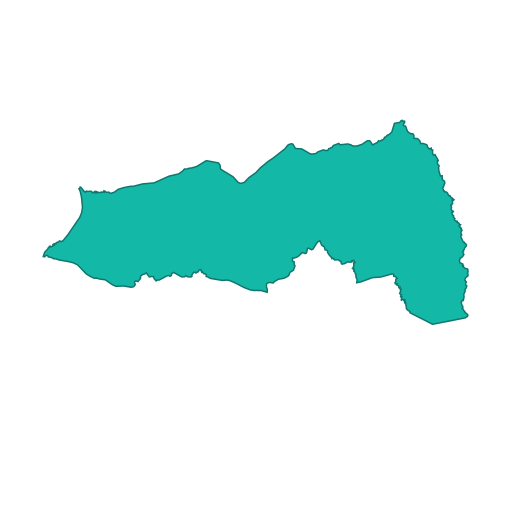 Pech Chreada, Môndól Kiri, Cambodia, rotated 348°
{"feature_id": "14789045B57856207537526", "entity_name": "Pech Chreada", "entity_type": "district", "adm_level": 2, "iso_a3": "KHM", "parent_name": "Cambodia", "parent_adm1": "Môndól Kiri", "projection": "mercator", "projection_center": [107.158, 12.644], "detail": "fine", "context": "isolated", "style": "filled", "palette": "teal", "viewbox_px": 512, "rotation_deg": 348, "n_neighbors": 0, "source": "geoboundaries", "source_scale": "gbopen_adm2", "svg_char_len": 6121}
<svg xmlns="http://www.w3.org/2000/svg" viewBox="0 0 512 512"><g transform="rotate(348 256 256)"><path d="M47.8,212.3L49.1,212.8L49.3,212.4L51.7,211.8L52.7,213.0L52.6,213.6L56.0,215.2L57.4,216.6L59.7,217.2L62.4,218.9L71.7,222.6L75.9,224.7L79.6,227.5L86.3,238.3L89.8,241.6L93.4,244.3L94.9,244.3L95.6,244.7L96.0,244.5L97.3,245.6L103.7,248.0L109.5,254.2L112.6,256.5L120.3,257.8L127.3,260.6L129.9,260.6L132.0,258.9L131.6,256.7L132.0,255.9L133.3,255.4L135.2,256.5L138.2,254.1L139.1,251.4L140.9,250.7L143.6,250.4L145.1,249.6L147.2,254.3L149.3,254.3L151.4,254.9L151.7,257.1L153.1,259.6L154.2,259.0L156.3,259.4L164.5,257.0L166.2,256.8L167.6,257.9L168.3,257.9L169.3,257.2L169.8,255.7L171.9,254.9L179.0,261.0L181.7,261.5L183.6,260.7L184.4,262.0L187.9,263.0L189.1,262.6L189.3,261.3L191.6,259.0L192.9,259.1L193.1,259.8L194.0,260.1L195.0,259.5L196.2,259.5L197.5,257.9L199.1,257.8L199.4,258.2L199.1,259.1L199.9,259.8L199.6,260.8L200.7,260.9L201.2,262.5L202.3,262.7L203.5,263.9L203.0,265.7L204.2,266.2L206.6,268.4L218.0,272.9L222.6,273.5L225.2,274.6L230.6,278.4L237.7,284.3L243.2,287.9L246.5,289.2L253.7,290.8L259.4,293.8L260.1,291.1L259.8,287.9L260.5,285.6L261.1,285.0L263.6,284.6L267.3,286.0L268.4,285.0L273.0,283.4L278.0,283.6L280.6,283.2L283.8,282.1L285.9,279.0L289.6,277.8L292.1,273.8L291.6,271.8L292.2,269.8L290.8,268.7L290.7,268.1L291.4,265.5L293.1,265.9L295.4,265.7L297.5,265.0L301.8,262.3L302.8,262.6L304.5,263.8L305.6,263.7L306.6,262.5L307.6,259.8L308.4,259.2L309.3,259.4L311.5,261.4L313.1,261.2L317.8,256.3L319.5,255.0L321.6,254.4L322.6,259.4L324.6,261.0L324.9,264.4L326.1,264.8L327.0,265.8L326.8,267.6L327.8,270.2L329.7,273.5L329.6,274.3L331.4,274.4L331.4,275.2L332.2,276.3L335.6,276.7L336.8,278.2L337.8,278.5L337.9,281.2L338.5,281.9L341.5,281.8L344.3,280.8L347.5,281.8L348.7,281.5L348.4,281.0L348.7,280.5L350.7,280.6L351.0,281.6L350.7,282.2L351.4,283.0L350.0,283.2L349.8,285.6L349.1,286.5L349.3,287.2L347.9,288.1L348.8,288.8L348.5,289.4L349.2,289.8L348.5,291.1L349.5,292.5L349.4,294.0L349.9,294.7L349.4,297.2L350.0,300.3L348.9,303.1L353.3,303.1L365.3,301.4L373.7,302.5L385.5,301.8L386.7,302.4L386.5,304.6L387.9,304.9L389.4,307.2L388.6,307.3L387.8,308.1L387.6,309.6L386.3,311.2L386.6,312.2L388.5,312.4L387.6,313.5L389.5,315.1L389.1,316.7L389.5,317.0L390.4,316.6L390.0,318.2L390.9,318.7L390.1,319.8L390.1,321.0L388.8,322.1L388.9,322.9L390.1,324.1L389.2,325.2L390.0,325.8L389.2,326.2L389.8,327.4L388.9,329.2L389.2,329.5L389.7,329.1L391.0,329.2L391.4,330.3L391.5,329.6L392.4,329.6L392.1,330.5L392.5,331.8L391.7,331.5L392.0,333.3L392.6,333.4L392.2,339.0L393.5,341.0L395.0,342.2L394.8,343.5L414.5,359.5L447.8,360.0L450.2,359.1L451.0,357.8L449.6,355.5L449.1,355.4L448.5,354.1L448.7,353.5L447.8,352.5L447.5,350.8L446.8,350.0L447.6,349.3L447.8,348.2L447.3,347.7L447.0,343.9L448.4,342.6L449.3,342.7L449.7,342.1L449.4,341.8L450.0,341.6L451.0,339.2L451.2,336.8L453.2,334.0L453.4,332.7L454.1,331.4L454.9,331.1L456.0,329.0L455.0,328.0L455.7,325.7L456.4,325.2L455.1,322.8L456.8,320.6L459.1,319.6L459.6,318.1L459.3,316.7L460.2,315.4L460.0,314.9L460.5,313.2L459.9,312.4L458.1,311.7L456.6,309.9L456.9,308.7L456.5,308.5L456.0,308.8L455.9,308.4L456.7,307.2L456.5,306.7L454.0,305.0L454.1,302.8L455.0,300.9L455.8,300.8L456.2,300.1L457.6,299.8L459.5,298.0L459.7,297.3L459.0,296.0L459.2,295.2L460.0,294.8L459.9,293.7L461.1,292.8L461.7,291.5L463.7,290.0L464.2,288.8L463.3,287.2L462.5,286.8L462.6,285.8L461.6,285.2L460.4,280.2L460.7,278.6L461.6,278.2L461.2,276.2L461.8,274.7L462.9,273.7L462.3,273.1L462.3,272.0L462.7,271.6L461.5,270.5L461.6,269.5L460.9,269.0L462.4,267.9L461.4,267.5L461.6,266.9L461.0,265.5L459.8,265.1L460.1,263.9L458.2,263.0L457.6,262.0L458.3,260.8L457.4,259.4L457.6,257.5L456.6,256.5L456.6,254.2L457.6,254.2L458.3,253.3L457.0,252.3L456.6,251.2L457.4,249.0L457.1,246.9L457.9,246.8L458.0,246.2L459.2,245.7L459.4,243.2L461.4,242.2L460.7,241.2L459.8,241.5L460.1,240.4L458.7,238.8L458.2,237.2L457.0,237.0L456.4,234.2L455.7,233.1L454.1,232.6L453.9,231.6L453.1,231.3L452.7,228.2L453.6,227.5L455.9,223.8L455.9,221.9L454.6,220.6L454.2,219.6L454.8,216.2L453.0,216.1L452.6,210.6L453.0,207.3L453.9,205.8L452.8,203.9L452.8,202.8L453.0,201.0L454.0,200.8L454.1,200.3L452.1,194.0L451.1,194.4L450.2,193.5L450.2,191.0L450.9,189.1L449.6,188.3L449.8,186.9L447.7,187.4L446.3,184.6L446.4,183.1L445.9,182.5L442.9,180.7L440.5,180.3L440.1,177.3L438.9,175.3L438.2,174.7L434.8,173.6L435.5,171.1L435.4,170.3L434.8,169.0L432.5,168.4L430.1,165.7L429.3,160.0L427.8,159.6L427.5,158.9L427.6,157.9L429.0,156.5L429.4,155.1L429.0,154.8L428.1,155.2L427.3,153.7L426.2,153.8L424.2,155.3L419.0,155.0L414.6,163.0L411.6,164.8L409.4,165.2L407.6,166.6L406.4,166.6L405.6,167.9L403.9,168.8L403.0,168.7L401.2,169.5L399.8,168.7L398.4,170.2L393.1,171.5L391.7,167.8L391.1,166.9L390.2,166.6L388.6,166.5L383.0,168.8L377.4,169.4L373.6,168.5L372.1,167.1L369.2,165.5L361.4,164.7L360.4,163.1L354.5,164.0L353.5,165.4L351.7,165.6L351.0,166.2L349.5,166.1L348.1,167.6L346.7,167.5L343.8,166.2L338.3,167.0L336.1,168.2L332.0,168.0L329.9,167.0L323.1,160.8L316.9,159.0L315.3,154.2L314.2,153.6L311.7,153.7L310.1,154.2L306.7,157.1L293.3,163.7L287.8,165.9L278.7,170.6L273.3,174.4L265.5,177.8L260.0,181.5L258.3,181.8L255.9,181.7L253.9,180.4L250.0,173.7L239.4,163.7L239.7,159.6L238.6,157.1L227.2,152.4L216.6,156.1L211.4,156.5L208.4,156.2L206.4,156.6L204.1,156.0L201.9,157.6L197.5,159.6L187.6,159.8L171.5,163.3L160.1,161.9L150.9,162.3L147.2,161.7L141.1,161.6L135.1,162.1L130.8,164.1L127.5,164.5L126.4,164.3L125.2,162.9L122.9,162.6L121.6,161.1L120.9,161.9L120.6,160.8L119.1,162.0L117.8,161.2L116.4,161.7L114.9,160.8L112.9,161.1L113.6,160.0L112.7,159.4L112.2,159.4L112.3,160.2L111.4,160.1L111.1,159.7L110.0,160.3L109.2,160.0L108.7,158.8L107.2,158.1L105.8,158.1L103.4,157.3L102.7,158.1L102.3,157.9L101.3,157.0L99.1,152.6L98.4,152.0L97.9,152.8L96.8,153.3L97.5,156.3L97.5,162.7L96.4,172.2L94.6,177.2L91.6,181.6L76.5,196.0L70.6,200.8L68.9,201.4L66.8,200.4L66.4,201.0L63.7,201.4L62.9,201.9L62.9,202.4L61.1,202.0L61.0,203.3L59.7,202.7L59.3,204.1L58.9,204.2L57.4,204.3L57.0,203.6L55.9,203.6L56.0,204.5L54.5,204.8L54.3,205.4L50.0,208.5L47.8,212.3Z" fill="#14b8a6" stroke="#0f766e" stroke-width="1.5"/></g></svg>